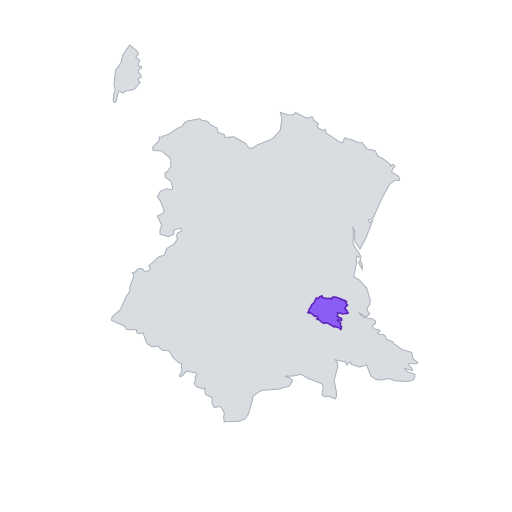 Maine-et-Loire on a map of France (orthographic projection), rotated 196°
{"feature_id": "FRA-5321", "entity_name": "Maine-et-Loire", "entity_type": "Metropolitan department", "adm_level": 1, "iso_a3": "FRA", "parent_name": "France", "parent_adm1": "", "projection": "orthographic", "projection_center": [-0.78, 47.399], "detail": "fine", "context": "in_parent", "style": "filled", "palette": "violet", "viewbox_px": 512, "rotation_deg": 196, "n_neighbors": 0, "source": "natural_earth", "source_scale": "10m", "svg_char_len": 6019}
<svg xmlns="http://www.w3.org/2000/svg" viewBox="0 0 512 512"><g transform="rotate(196 256 256)"><path d="M370.4,205.5L367.6,207.5L366.1,211.0L364.4,212.0L361.0,212.3L359.1,210.4L355.2,212.2L353.7,214.5L356.4,216.8L349.3,228.3L344.4,231.6L343.9,238.7L338.2,244.5L336.4,250.2L336.3,251.3L338.0,253.0L337.7,256.6L334.7,259.2L335.0,261.5L335.9,261.8L340.5,259.5L342.2,257.2L341.0,254.4L345.5,250.4L354.2,250.4L355.6,255.1L354.9,259.2L361.9,267.2L356.9,271.8L356.8,274.4L363.2,282.6L367.1,285.8L365.8,291.8L360.2,296.2L356.3,296.2L354.8,297.3L355.1,299.1L358.3,304.2L365.1,306.9L366.4,310.8L364.8,312.4L362.3,318.7L363.9,321.6L363.5,322.9L364.4,324.9L366.3,326.7L375.8,330.9L384.0,329.1L385.3,331.9L381.0,340.3L381.7,343.8L379.1,344.1L378.8,345.4L374.0,348.5L366.5,357.3L362.8,360.0L361.6,364.2L359.5,366.7L348.0,372.4L345.7,371.5L339.8,372.1L336.0,369.6L328.9,368.3L326.3,364.3L319.8,364.0L319.2,361.2L310.3,364.5L297.2,361.5L292.5,357.7L288.8,359.0L285.7,362.8L272.4,373.3L267.4,383.6L269.0,395.3L272.4,400.9L263.9,400.4L258.9,402.4L257.6,404.9L245.4,402.5L241.0,405.1L239.8,405.0L238.1,402.6L232.1,400.0L233.0,398.0L232.1,396.3L226.5,395.1L224.6,396.9L222.4,393.5L206.7,388.5L204.2,388.7L203.3,394.0L193.2,394.0L191.8,393.1L185.3,394.2L178.4,389.4L170.8,390.3L166.1,385.3L161.5,384.9L155.1,382.3L152.2,380.9L151.8,379.4L150.0,381.7L147.6,381.1L147.1,380.4L148.6,377.6L149.0,374.3L141.0,371.8L138.9,369.4L138.9,368.2L143.2,367.1L147.1,362.6L150.9,346.1L153.6,326.5L155.5,322.9L158.0,321.9L156.0,319.2L153.6,322.7L155.2,304.7L158.0,291.3L164.4,296.8L166.0,299.2L167.9,307.2L171.6,310.6L169.2,307.4L166.8,296.7L165.4,293.7L155.1,284.7L154.7,282.6L159.3,283.7L157.4,277.0L156.4,263.0L150.3,261.6L140.5,255.5L133.9,244.7L133.2,240.7L135.0,236.5L133.5,233.8L130.7,231.8L132.9,228.3L134.9,227.9L141.9,230.1L136.2,226.6L126.9,227.6L123.2,226.3L122.6,223.7L125.2,220.6L122.2,218.5L116.9,218.8L116.2,217.9L117.8,215.6L116.5,214.7L112.2,215.5L109.8,214.7L107.5,212.0L100.6,211.2L99.1,209.6L89.6,206.2L79.6,206.3L77.1,200.8L71.1,198.0L72.4,196.4L78.5,195.1L79.8,193.7L75.5,191.3L74.0,189.0L82.1,188.9L78.6,186.4L70.7,186.2L69.8,183.0L71.0,179.8L75.7,177.1L87.1,174.5L95.4,174.7L101.3,171.2L107.1,170.4L112.5,172.3L119.7,181.7L125.7,177.8L134.5,178.1L136.3,180.4L138.7,176.3L140.6,178.7L151.3,178.1L148.8,176.4L146.9,172.5L146.6,158.1L141.3,147.6L140.0,143.7L140.4,140.5L146.6,141.2L151.9,139.8L154.4,140.8L155.0,147.5L157.2,151.4L171.8,152.6L180.2,154.7L187.3,150.8L193.9,149.0L194.4,148.1L190.6,148.5L187.1,146.9L186.6,145.2L188.3,139.9L198.3,133.9L212.9,128.7L216.5,125.3L220.7,119.3L219.7,117.8L219.8,101.6L221.8,96.3L227.1,92.3L240.9,87.9L242.9,92.9L242.9,95.8L246.8,100.2L248.7,101.5L254.7,98.8L257.9,102.8L259.0,107.5L266.6,109.1L269.1,115.2L270.4,113.7L275.1,113.7L277.3,114.1L280.5,116.6L279.8,120.4L281.2,122.1L280.2,125.6L281.2,127.0L289.8,126.4L292.2,124.7L293.2,121.2L295.6,119.0L296.6,119.6L295.5,126.1L296.8,127.6L297.7,132.1L301.0,132.2L307.6,135.4L313.5,141.0L320.0,139.5L325.5,142.4L330.7,140.1L336.0,141.5L337.9,143.1L343.5,151.1L347.0,149.0L349.6,149.8L350.7,152.1L360.3,149.7L362.3,151.9L364.4,152.5L377.1,154.3L377.6,157.5L371.5,167.3L369.8,180.5L368.2,185.2L367.8,188.6L368.6,190.7L368.6,194.3L368.0,202.8L369.1,205.1L370.4,205.5ZM437.3,372.2L437.3,377.5L439.7,381.1L442.2,396.1L439.1,404.0L439.4,412.9L435.6,424.1L427.3,420.4L424.6,418.1L426.3,413.8L421.6,412.2L422.2,408.2L421.5,406.3L418.3,406.4L418.0,405.4L420.0,402.1L419.8,400.3L416.5,398.3L415.7,396.3L418.3,393.6L416.8,391.6L415.1,391.3L418.3,383.9L420.7,381.5L426.5,378.8L428.7,375.9L432.8,376.8L433.4,376.0L433.3,365.0L434.7,364.6L436.1,365.9L437.3,372.2ZM155.6,277.8L154.7,281.0L150.8,275.5L150.3,272.5L155.6,277.8Z" fill="#d9dde1" stroke="#a8b0b8" stroke-width="1"/><path d="M158.8,217.6L159.5,217.4L160.0,216.7L159.5,216.2L156.4,215.1L156.1,214.8L155.9,214.3L156.0,213.2L155.9,212.7L155.7,212.4L155.5,212.2L155.1,211.9L154.5,211.9L154.4,211.8L154.2,211.4L154.2,210.3L154.1,209.7L154.3,208.7L155.6,209.5L156.9,209.8L159.6,209.9L160.6,210.4L160.9,210.2L161.1,209.4L161.3,209.3L169.4,211.4L169.8,211.4L170.0,211.2L170.3,210.7L170.5,210.6L171.2,210.7L171.5,210.8L171.8,210.6L172.2,209.9L172.4,209.8L173.6,210.4L174.0,210.5L174.4,210.4L178.7,212.4L179.0,212.3L179.7,211.8L179.9,211.9L180.2,212.4L179.7,212.8L179.5,213.2L179.5,213.4L179.6,213.7L180.0,214.4L180.6,214.8L181.2,215.0L181.8,214.7L182.1,214.2L182.3,214.2L183.6,214.4L186.3,215.8L187.1,216.0L188.4,216.6L189.0,216.6L189.3,215.6L190.6,216.0L190.1,217.6L190.0,218.0L190.0,218.5L190.2,219.2L190.2,219.4L190.2,219.7L189.4,221.5L189.3,222.0L189.1,222.9L189.0,223.2L189.2,223.9L189.1,224.2L188.5,225.4L187.8,226.3L187.5,226.8L187.4,227.1L187.3,227.5L186.9,229.6L186.5,232.4L185.2,232.1L184.8,232.3L184.0,233.3L183.9,233.6L183.8,233.9L183.8,234.1L183.6,234.5L183.3,234.6L182.6,234.9L182.4,235.1L182.3,235.3L182.2,235.5L182.0,235.9L181.4,235.7L181.2,235.6L181.1,235.3L181.1,235.0L181.0,234.7L180.7,234.4L180.4,234.4L180.2,234.4L179.7,234.5L178.2,234.5L175.6,234.8L174.9,235.2L173.6,235.6L173.2,235.6L172.6,235.4L172.4,235.3L172.1,235.3L171.6,235.5L171.4,235.7L171.2,235.9L171.1,236.1L171.2,236.3L171.4,236.7L171.5,237.0L171.3,237.2L170.3,237.7L169.9,238.1L169.7,238.2L169.3,238.3L167.7,238.5L166.3,238.4L165.6,238.2L164.2,238.4L163.9,238.4L163.6,238.4L163.4,238.3L162.4,237.6L162.2,237.5L161.8,237.5L161.6,237.6L161.6,237.8L161.5,238.1L161.2,238.0L160.8,237.6L160.3,237.3L159.3,237.9L158.3,237.8L156.5,237.0L157.3,236.6L157.0,235.8L156.2,235.0L154.5,234.1L154.8,233.3L156.2,231.3L155.9,230.6L155.7,229.6L155.4,229.0L154.7,229.2L154.0,229.1L152.8,227.2L151.9,227.1L152.0,226.3L152.0,226.2L152.3,226.0L152.4,225.9L152.5,225.9L152.6,225.7L153.2,225.5L154.2,225.4L154.7,225.3L156.2,224.4L157.1,224.2L160.2,224.2L160.3,224.1L160.5,224.1L160.8,224.0L161.0,224.0L161.2,223.9L161.3,223.9L161.5,223.9L161.8,223.8L162.0,223.8L161.7,223.1L161.3,222.1L161.1,221.1L161.1,220.2L157.1,219.7L156.5,219.3L156.0,218.4L155.9,217.6L156.3,217.3L158.8,217.6Z" fill="#8b5cf6" stroke="#5b21b6" stroke-width="1.5"/></g></svg>